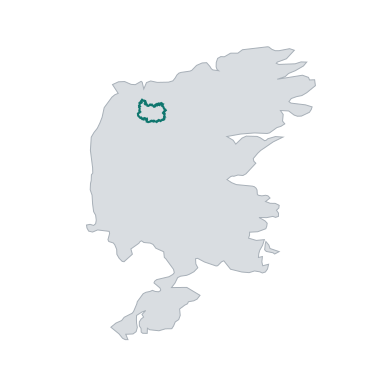 Callan-Thomastown Lea-6, Kilkenny, Ireland (highlighted), rotated 188°
{"feature_id": "5873133B16918470579073", "entity_name": "Callan-Thomastown Lea-6", "entity_type": "district", "adm_level": 2, "iso_a3": "IRL", "parent_name": "Ireland", "parent_adm1": "Kilkenny", "projection": "albers", "projection_center": [-7.206, 52.516], "detail": "fine", "context": "in_parent", "style": "outline", "palette": "teal", "viewbox_px": 384, "rotation_deg": 188, "n_neighbors": 0, "source": "geoboundaries", "source_scale": "gbopen_adm2", "svg_char_len": 8504}
<svg xmlns="http://www.w3.org/2000/svg" viewBox="0 0 384 384"><g transform="rotate(188 192 192)"><path d="M241.7,58.5L234.3,63.7L233.2,65.6L231.1,73.5L230.9,75.8L226.2,84.5L223.6,86.3L219.7,87.7L217.5,89.1L214.7,88.4L211.2,88.5L209.4,90.0L209.5,91.2L210.5,92.6L217.0,96.7L216.6,98.4L214.8,100.3L203.0,104.9L199.5,107.7L198.3,109.6L199.5,112.8L208.7,122.3L210.3,123.4L211.7,128.9L220.0,131.3L223.3,134.7L226.3,135.6L232.6,135.3L235.2,136.6L236.6,135.6L237.5,133.8L244.6,127.1L242.4,122.1L249.6,113.5L251.5,113.6L254.9,116.2L257.7,119.8L258.6,124.7L261.2,129.1L262.9,130.6L267.5,131.4L268.6,133.1L267.8,139.4L268.5,141.5L280.2,141.3L284.9,138.5L288.9,138.9L291.0,141.7L291.9,144.6L288.4,145.8L284.8,145.2L283.0,147.2L282.9,150.8L284.2,155.6L286.7,158.9L288.8,166.5L290.5,174.9L293.1,180.0L293.7,186.3L293.4,189.4L294.0,195.0L292.9,197.0L293.8,202.2L298.4,219.1L299.4,232.3L297.4,237.2L294.6,242.0L292.8,247.6L291.4,253.6L290.7,263.3L284.5,274.8L281.9,277.6L278.8,279.4L285.7,287.3L280.1,290.9L274.1,292.0L267.3,290.1L263.1,290.4L257.8,294.5L256.6,293.8L254.1,287.3L252.3,294.0L248.4,296.2L241.7,295.7L230.6,297.5L226.4,299.4L224.6,302.4L223.2,305.8L221.5,307.9L219.5,308.9L210.9,311.4L209.2,312.4L205.1,318.0L199.9,321.2L195.5,322.1L191.7,318.8L190.1,316.8L188.4,315.8L182.5,315.8L184.3,316.9L185.5,319.2L186.0,323.6L185.2,327.9L182.3,330.1L178.8,330.4L173.2,334.8L165.9,335.9L161.8,339.9L137.5,346.3L136.1,346.3L132.8,344.4L129.2,343.5L125.6,344.0L115.3,347.5L110.4,346.6L117.0,337.1L125.6,332.5L126.5,331.2L123.8,330.4L107.7,333.3L102.1,336.0L96.5,336.6L99.2,332.3L106.6,326.5L112.9,322.8L115.7,319.3L123.3,315.5L98.9,323.0L92.6,321.7L91.2,319.3L86.2,320.2L84.6,314.5L92.2,306.3L96.6,302.8L101.7,301.0L106.7,298.4L108.6,295.0L106.4,293.8L91.8,294.1L84.9,293.0L85.4,290.3L86.8,287.3L94.2,282.4L98.2,281.7L101.6,282.4L107.6,285.7L115.8,285.0L112.5,281.5L112.2,274.8L109.6,272.4L113.1,269.4L116.9,267.6L123.5,261.3L125.8,260.4L138.3,259.2L151.8,256.2L165.2,251.8L158.5,249.0L155.3,245.5L149.9,252.4L146.0,254.9L135.3,256.1L131.9,255.2L127.2,252.9L125.7,253.6L124.3,255.3L117.1,258.5L109.6,259.0L118.5,253.0L129.8,242.7L132.4,239.4L136.0,233.6L135.0,231.0L132.8,229.4L141.1,217.5L143.9,215.4L148.9,215.2L152.7,213.4L154.3,213.4L155.8,212.7L159.1,209.2L154.2,206.8L149.1,205.5L133.1,206.2L131.0,205.9L129.1,204.7L127.9,203.1L127.0,198.9L125.9,198.0L122.3,197.9L118.7,199.0L116.3,198.8L113.9,196.9L117.9,192.8L113.0,191.7L107.9,192.3L103.8,190.9L103.8,188.2L105.8,185.7L103.4,183.1L103.0,179.9L105.7,178.5L108.6,179.1L114.5,177.0L122.1,176.1L115.7,173.6L113.2,171.5L113.2,168.5L113.8,165.9L121.4,161.8L129.4,160.2L129.0,157.3L129.6,154.2L121.6,153.0L113.7,154.9L114.7,149.0L116.8,143.7L117.3,140.2L117.1,136.4L113.3,137.9L113.1,132.5L111.7,128.8L106.1,131.1L106.5,126.3L108.2,123.0L111.1,121.6L113.8,122.4L119.1,122.5L124.2,120.1L131.5,119.7L143.1,120.9L150.9,128.3L153.0,127.0L156.3,122.6L157.8,122.1L169.8,124.4L177.2,127.1L179.2,126.4L178.2,121.3L175.7,117.8L179.0,113.3L183.0,110.3L185.6,108.8L191.7,107.0L194.3,105.2L196.2,99.4L199.0,94.5L183.9,96.8L169.7,90.8L172.0,86.7L175.1,84.5L180.3,82.8L180.9,80.7L183.5,78.9L188.0,74.4L186.5,68.2L187.4,63.8L190.5,61.0L191.6,56.8L193.0,53.8L199.3,52.8L205.4,50.0L214.8,49.7L217.2,50.9L216.7,45.8L221.1,45.2L222.8,46.2L223.5,49.8L225.5,52.1L226.1,56.0L224.7,59.1L222.5,61.4L224.5,63.8L221.3,68.2L224.7,66.3L229.7,62.1L229.4,58.6L228.6,54.2L227.3,50.3L227.9,45.9L230.7,43.2L237.8,41.9L234.9,36.9L237.5,36.5L240.4,37.5L244.6,41.4L253.5,46.8L249.1,51.6L243.8,54.9L241.7,58.5ZM112.2,150.9L111.9,153.2L108.5,150.1L106.9,146.9L97.4,145.1L101.5,142.1L103.4,143.1L110.2,143.5L112.0,144.9L112.2,150.9Z" fill="#d9dde1" stroke="#a8b0b8" stroke-width="1"/><path d="M254.3,276.5L254.6,275.9L254.5,275.2L255.2,274.9L255.3,274.5L255.3,274.2L255.1,274.1L254.6,273.9L254.3,273.7L254.2,273.6L254.3,273.4L254.7,273.1L254.8,273.1L255.0,273.1L255.3,273.4L255.6,273.5L255.9,273.5L256.0,273.4L256.0,273.1L256.4,273.0L256.5,272.9L256.5,272.7L256.2,272.4L256.0,271.9L255.9,271.8L255.9,271.6L256.1,271.0L256.0,270.7L256.5,270.2L256.4,270.0L255.9,269.8L255.7,269.8L255.6,269.7L256.1,269.5L256.3,269.3L256.3,269.1L256.3,268.9L255.9,268.7L256.0,268.3L255.6,268.0L255.3,267.1L255.4,266.7L255.4,266.2L255.6,265.7L255.5,265.2L255.5,264.9L255.4,264.8L254.9,264.8L254.7,264.7L254.3,264.2L254.6,263.9L255.0,263.8L255.0,263.4L255.5,263.2L255.7,262.7L256.0,262.4L256.3,262.4L256.5,262.1L256.2,261.6L256.3,261.1L256.3,260.9L255.9,260.0L255.6,260.0L255.3,259.8L255.1,259.4L254.7,259.0L254.2,258.9L253.8,258.7L253.6,258.1L253.4,258.0L253.1,258.1L253.1,258.3L253.1,258.5L252.9,258.5L252.7,258.6L252.6,258.3L252.5,258.2L252.4,258.1L251.9,257.7L251.7,257.8L251.5,258.0L251.4,258.0L251.3,257.9L251.2,257.6L251.2,257.4L250.8,257.5L250.7,257.2L250.4,257.0L250.2,257.0L249.9,257.0L249.9,257.6L249.8,258.0L249.9,258.3L249.6,258.4L249.4,258.6L248.9,258.4L248.5,258.1L248.3,258.3L248.1,258.1L247.6,258.2L247.5,257.8L247.3,257.9L247.0,258.2L246.8,258.3L246.7,257.9L246.8,257.9L246.7,257.7L246.8,257.6L246.6,257.5L246.6,257.3L246.6,257.0L246.8,257.1L247.1,257.0L247.5,257.0L247.4,256.7L247.1,256.4L246.8,256.0L246.7,255.8L246.7,255.7L246.7,255.4L246.2,255.3L245.8,255.2L245.2,255.3L245.1,255.2L245.0,255.3L244.8,255.3L244.6,255.5L244.7,255.4L244.4,255.4L244.2,255.4L243.9,255.7L243.5,255.8L242.8,256.0L242.5,256.2L242.6,256.6L242.2,256.7L241.9,256.9L241.9,257.0L241.7,257.0L241.4,257.0L241.1,257.0L241.2,256.8L241.0,256.7L240.9,256.7L240.8,256.9L240.4,256.8L240.3,257.0L239.9,257.0L239.8,257.3L239.5,257.3L239.5,257.0L239.1,256.9L239.2,256.6L238.9,256.7L238.6,256.8L238.2,256.8L237.9,256.7L237.7,256.7L237.3,256.7L237.1,256.7L236.8,256.5L236.7,256.7L236.4,256.7L236.1,257.2L235.9,257.3L236.1,257.6L235.9,257.7L235.9,257.8L235.7,257.9L235.8,257.9L235.7,258.0L235.5,257.8L235.4,257.9L235.3,258.0L235.1,258.1L234.8,258.7L234.5,258.6L234.4,258.4L234.0,258.5L233.8,258.4L233.7,258.2L233.5,257.9L233.1,257.8L233.0,258.0L232.7,258.1L232.6,258.3L232.4,258.5L232.5,258.7L232.2,258.8L232.1,259.0L231.7,259.4L231.4,259.1L231.1,259.2L230.8,259.4L230.7,259.5L230.5,259.4L230.2,259.5L230.1,259.9L229.7,260.1L229.8,260.3L230.1,260.4L230.2,260.5L230.2,260.8L229.9,261.1L230.0,261.1L230.1,261.4L229.9,261.7L230.0,261.8L230.0,262.0L229.9,262.2L229.8,262.4L230.1,262.4L230.2,262.7L230.2,262.8L230.1,263.0L230.1,263.3L230.0,263.6L230.0,263.9L229.9,264.2L229.9,264.3L229.9,264.5L229.9,265.2L229.9,265.4L230.1,265.4L230.3,265.8L230.2,265.8L230.2,266.0L230.4,266.4L230.6,266.3L230.8,266.0L231.1,265.6L231.6,266.0L231.8,266.2L231.5,266.7L231.3,266.9L231.3,267.1L231.2,267.3L231.2,267.5L230.9,267.7L230.6,267.8L230.0,268.4L229.9,268.5L229.8,269.0L229.7,269.2L229.4,269.3L229.6,269.6L229.7,269.8L230.4,269.8L230.7,269.8L230.7,270.1L230.7,270.4L231.2,270.7L231.3,270.8L231.6,271.0L231.8,271.8L232.2,272.1L232.3,272.2L232.3,272.3L232.5,272.4L232.6,272.5L232.7,272.9L232.9,272.9L233.2,272.9L233.2,273.1L233.5,273.2L233.5,273.4L233.6,273.5L233.5,273.8L233.4,273.9L233.4,274.3L233.2,274.6L233.3,274.6L233.2,274.8L233.2,275.0L233.5,275.1L234.1,275.5L234.2,275.0L234.6,275.0L234.6,275.6L235.0,275.6L235.0,274.9L235.1,274.7L235.1,274.4L235.5,274.1L235.7,274.4L235.6,274.5L235.9,274.7L235.9,274.9L236.2,274.8L236.5,275.0L236.6,274.9L236.7,274.5L236.8,274.4L236.8,274.0L236.7,273.6L237.5,273.8L237.5,273.5L237.9,273.3L237.9,273.7L238.3,273.9L238.2,274.3L238.2,274.5L238.8,274.1L238.8,273.9L238.9,274.0L239.0,273.8L239.2,274.0L239.4,274.0L239.4,273.7L239.8,273.6L240.0,273.4L240.4,273.2L240.1,272.7L240.0,272.4L240.4,272.2L240.4,272.4L240.5,272.4L240.5,272.2L240.4,272.1L240.4,271.8L240.6,271.4L240.8,271.3L241.0,271.2L241.2,271.3L241.4,271.2L241.5,271.4L241.8,271.4L242.1,271.5L242.2,271.8L242.4,272.0L242.6,272.2L243.0,272.2L243.3,272.4L243.8,272.3L243.8,272.5L244.0,272.5L244.0,272.8L244.6,272.6L244.6,272.9L244.8,273.0L245.0,273.0L245.2,272.8L245.3,272.7L245.8,272.7L245.9,272.3L246.2,272.0L246.5,271.9L246.8,271.4L247.1,271.3L247.3,271.1L247.5,271.1L247.8,271.2L248.2,271.2L248.3,271.6L248.5,271.9L248.7,272.0L248.8,272.2L249.1,272.2L249.2,272.6L249.4,272.6L249.6,272.8L249.7,272.7L249.8,272.4L250.1,272.4L250.3,272.2L250.6,272.3L250.9,272.6L250.6,272.8L250.6,273.0L250.3,273.1L250.5,273.5L250.3,273.6L250.5,273.8L250.4,273.8L250.6,274.2L250.6,274.3L250.3,274.5L250.6,274.9L250.6,275.0L250.8,275.2L250.9,275.5L251.2,275.4L251.3,275.4L251.4,275.5L251.5,275.7L251.5,275.8L251.9,275.9L252.1,275.9L252.4,275.8L252.6,275.7L252.9,275.6L253.2,275.6L253.6,275.8L253.6,276.1L253.9,276.3L254.3,276.5Z" fill="none" stroke="#0f766e" stroke-width="2"/></g></svg>